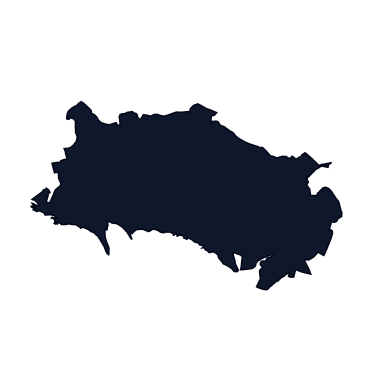 Livezeni, Mures, Romania (Robinson projection), rotated 18°
{"feature_id": "2599482B72473858292431", "entity_name": "Livezeni", "entity_type": "district", "adm_level": 2, "iso_a3": "ROU", "parent_name": "Romania", "parent_adm1": "Mures", "projection": "robinson", "projection_center": [24.65, 46.548], "detail": "fine", "context": "isolated", "style": "filled", "palette": "ink", "viewbox_px": 384, "rotation_deg": 18, "n_neighbors": 0, "source": "geoboundaries", "source_scale": "gbopen_adm2", "svg_char_len": 5987}
<svg xmlns="http://www.w3.org/2000/svg" viewBox="0 0 384 384"><g transform="rotate(18 192 192)"><path d="M262.2,250.9L264.7,250.0L271.4,246.9L273.2,245.8L274.4,244.2L275.2,242.5L274.8,239.8L275.3,239.2L275.5,237.7L277.8,235.2L278.5,234.2L284.5,228.7L287.2,227.1L288.3,227.3L288.8,227.5L287.7,228.9L284.4,231.0L283.8,231.5L283.6,232.3L283.6,233.9L283.2,235.2L280.7,235.6L279.9,236.1L279.3,236.8L279.0,237.5L279.2,239.6L280.1,240.6L281.0,240.5L281.3,241.1L282.2,241.5L281.8,243.3L280.7,245.3L280.6,246.0L281.2,247.8L283.7,252.9L283.8,253.6L282.7,262.2L286.1,262.6L290.2,262.5L292.7,262.1L293.9,261.1L294.6,260.1L295.2,258.1L296.0,257.3L297.0,255.8L297.6,254.3L298.6,253.3L299.2,251.6L301.3,250.0L303.4,245.7L305.5,243.8L306.5,241.9L309.2,238.9L309.8,238.7L309.9,242.4L312.2,242.5L315.1,241.4L314.4,233.8L321.6,234.1L330.3,233.4L327.2,229.5L322.1,224.3L320.0,222.7L322.5,220.1L323.5,220.9L326.3,218.1L326.8,217.3L327.7,216.3L330.7,210.0L331.9,210.6L336.8,211.7L337.2,210.7L337.8,204.0L338.6,192.3L338.4,188.4L338.3,187.6L337.5,185.8L333.9,184.4L334.0,179.0L333.3,177.1L332.9,176.8L335.6,177.1L336.2,177.0L338.0,175.9L338.8,174.9L338.9,173.2L339.3,172.2L340.6,170.4L341.9,169.2L340.9,165.3L339.3,163.5L335.2,156.9L333.9,155.4L330.7,153.4L324.4,148.3L321.1,146.5L317.7,146.2L317.1,146.3L315.4,147.5L313.6,150.8L313.2,151.8L313.1,152.5L311.8,154.2L312.4,155.1L310.4,157.5L305.7,158.5L303.1,152.9L299.4,150.4L299.0,149.1L299.1,148.5L299.4,147.5L299.5,146.8L299.2,146.2L297.7,144.9L297.5,143.9L296.8,143.4L296.8,143.1L297.5,142.4L298.6,140.7L300.4,136.8L301.5,135.1L302.2,133.1L303.4,131.5L305.6,129.3L306.4,128.0L307.8,127.2L313.7,126.5L313.5,124.0L315.7,120.8L308.8,124.9L306.6,125.8L304.6,127.6L295.1,122.9L287.5,119.7L285.0,122.8L285.1,124.0L284.8,124.4L283.3,125.7L280.7,128.8L280.1,128.7L278.8,127.8L276.1,127.1L275.6,128.0L276.5,128.8L275.0,129.5L271.7,130.1L271.1,129.0L266.9,130.2L262.1,133.4L258.6,133.0L256.7,133.4L254.7,133.0L249.2,129.7L245.1,127.8L243.0,128.8L240.5,128.5L231.9,128.5L227.7,128.1L220.2,126.7L216.4,125.3L213.1,123.1L212.2,122.7L209.3,122.3L202.3,119.9L198.6,119.9L197.7,119.4L195.4,117.4L194.8,117.1L193.0,117.2L188.7,119.0L187.5,117.1L187.1,113.5L187.6,112.7L189.3,112.5L191.0,108.9L184.7,108.3L179.8,108.2L173.1,106.8L169.8,106.5L169.5,107.3L167.2,108.7L166.5,109.6L165.3,111.9L164.8,113.2L164.7,113.7L164.8,115.0L165.4,116.0L165.2,116.1L156.5,119.7L152.3,120.9L144.6,126.8L142.8,128.0L141.4,128.6L139.6,129.0L135.0,128.9L132.4,129.8L128.9,132.8L126.2,132.8L121.8,133.5L121.0,137.1L119.9,139.4L119.3,139.2L118.1,138.1L117.3,137.7L116.3,136.4L116.0,135.5L114.7,134.7L114.0,134.6L111.6,134.9L110.7,134.0L110.4,134.0L105.6,136.4L104.9,137.0L104.9,137.5L104.5,137.9L101.7,139.1L99.6,140.5L100.1,141.6L99.5,142.3L99.5,143.0L100.5,144.7L102.9,150.2L102.9,150.7L102.6,151.1L99.7,151.2L98.6,149.6L96.0,151.1L92.7,153.7L89.0,154.1L83.9,154.1L80.9,152.6L78.4,150.2L75.5,148.8L74.1,148.4L72.1,148.4L71.3,146.1L69.5,144.8L61.6,141.1L58.6,140.4L58.0,140.9L57.4,142.4L56.7,142.8L56.0,144.8L51.9,149.1L49.6,153.1L49.3,154.4L49.2,155.7L49.8,159.9L50.4,161.2L52.6,160.9L52.5,159.3L53.4,159.1L57.2,159.0L58.1,159.9L58.9,160.2L59.6,161.4L59.7,162.4L60.2,162.6L60.1,163.4L60.6,164.3L60.7,165.4L61.5,167.7L62.0,168.2L62.6,171.0L65.4,174.2L66.1,176.4L66.3,178.9L66.2,180.0L65.1,183.0L64.4,184.7L63.0,186.7L60.9,188.7L57.0,190.2L59.3,193.0L59.9,194.6L61.8,197.2L63.0,199.2L60.6,200.5L57.6,202.8L58.2,204.0L52.0,206.8L50.0,208.0L55.3,216.2L58.5,214.4L60.5,218.7L60.6,219.7L64.1,223.8L64.7,224.9L64.8,226.2L64.5,227.3L61.7,231.6L61.2,233.5L60.9,235.5L61.1,236.4L60.0,246.6L56.3,246.5L56.4,242.8L55.9,237.2L57.1,236.6L56.4,235.5L55.3,234.5L52.3,233.4L52.3,233.9L51.4,235.1L50.4,235.5L50.0,236.0L49.9,236.6L50.2,237.1L42.1,248.5L42.8,248.7L43.8,248.3L44.5,248.3L50.2,251.0L48.8,252.9L45.0,252.2L43.4,252.2L44.4,253.2L47.2,254.3L47.3,254.7L47.1,254.8L45.9,254.5L45.2,255.0L43.9,255.1L43.3,255.4L43.6,255.8L46.7,256.4L46.7,257.1L46.4,258.0L46.8,258.1L47.8,257.1L47.6,258.0L49.4,258.3L50.3,258.6L50.7,258.5L51.3,257.5L51.9,257.2L55.7,257.3L57.8,257.7L59.4,259.3L65.6,256.9L66.0,256.3L66.3,256.2L66.6,256.4L66.2,257.1L66.4,257.6L66.7,257.7L67.3,256.9L67.7,256.9L70.7,257.9L69.1,259.1L66.4,259.8L66.4,260.4L67.8,259.9L69.9,260.9L70.9,262.8L70.6,264.4L72.0,264.7L72.3,264.2L73.9,264.1L74.0,263.5L73.0,262.8L73.6,262.4L74.6,262.3L76.0,262.5L77.8,263.2L81.2,262.2L83.5,261.2L84.0,260.6L85.4,260.1L86.1,260.3L92.4,258.9L93.5,259.6L96.4,260.1L96.7,260.5L97.4,260.8L97.6,260.7L97.5,260.1L97.8,259.8L99.0,259.6L99.6,259.1L105.5,259.8L108.2,260.9L110.6,260.8L113.4,262.0L114.1,262.5L115.6,262.8L116.8,263.6L125.2,270.9L128.8,275.4L130.0,276.4L131.8,277.5L132.1,277.5L132.2,277.0L130.3,270.8L126.1,265.8L123.2,261.5L121.4,256.7L121.0,255.2L121.1,254.9L122.6,254.4L122.8,253.3L121.9,250.4L122.5,250.1L121.5,247.6L121.0,245.5L125.6,246.2L128.4,245.8L129.3,245.3L132.2,245.7L136.4,246.9L142.1,249.9L148.9,255.5L149.2,255.2L148.8,254.5L146.7,252.2L145.8,250.8L147.7,250.2L149.6,246.6L150.6,245.2L153.0,243.9L156.9,242.6L162.8,243.1L164.6,241.5L165.8,239.8L166.8,239.3L169.0,239.0L171.5,239.1L174.7,240.0L176.2,239.6L176.7,239.9L178.4,239.0L179.4,238.2L181.9,237.5L182.3,237.0L182.8,237.0L185.9,237.2L187.5,237.9L187.6,238.7L188.4,238.6L188.6,237.5L189.1,237.1L190.7,237.0L191.2,237.5L191.3,238.4L192.1,238.4L192.4,237.2L196.4,236.3L197.2,236.5L198.4,238.2L199.1,238.3L201.8,238.5L202.2,237.1L203.5,236.9L206.9,237.5L209.4,238.5L210.7,238.8L213.2,238.5L214.1,238.7L215.5,239.9L216.7,239.9L218.5,239.2L219.1,239.3L219.3,239.7L219.5,240.8L218.9,242.0L220.5,241.2L222.8,242.9L224.8,243.1L226.7,244.2L228.0,244.0L228.4,243.4L230.5,242.4L233.6,242.8L236.0,243.8L237.7,246.4L242.9,249.7L243.8,250.6L247.7,251.0L250.4,251.7L253.8,252.7L256.3,254.4L257.1,254.5L259.5,253.8L260.3,252.4L259.9,251.7L255.3,246.7L253.8,243.6L251.7,240.8L249.8,237.1L250.1,236.6L254.9,236.9L256.6,236.8L258.7,237.3L259.5,237.8L260.3,239.5L260.9,243.5L262.0,247.9L262.2,250.9Z" fill="#0f172a" stroke="#020617" stroke-width="1.5"/></g></svg>